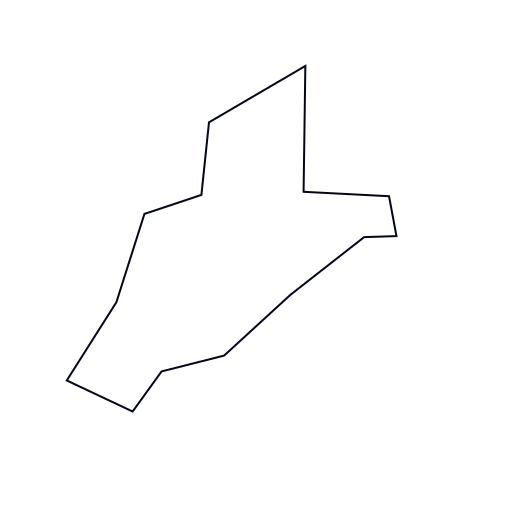 outline of Beau Vallon, rotated 205°
{"feature_id": "SYC-5205", "entity_name": "Beau Vallon", "entity_type": "state/province", "adm_level": 1, "iso_a3": "SYC", "parent_name": "Seychelles", "parent_adm1": "", "projection": "natural_earth1", "projection_center": [55.429, -4.605], "detail": "fine", "context": "isolated", "style": "outline", "palette": "ink", "viewbox_px": 512, "rotation_deg": 205, "n_neighbors": 0, "source": "natural_earth", "source_scale": "10m", "svg_char_len": 344}
<svg xmlns="http://www.w3.org/2000/svg" viewBox="0 0 512 512"><g transform="rotate(205 256 256)"><path d="M137.1,333.4L166.0,318.8L208.3,235.6L242.8,152.3L292.8,111.5L302.1,62.9L374.9,63.2L363.0,155.1L374.9,247.0L331.3,288.3L355.1,357.3L291.6,449.1L240.0,334.3L160.7,366.4L137.1,333.4Z" fill="none" stroke="#020617" stroke-width="2"/></g></svg>